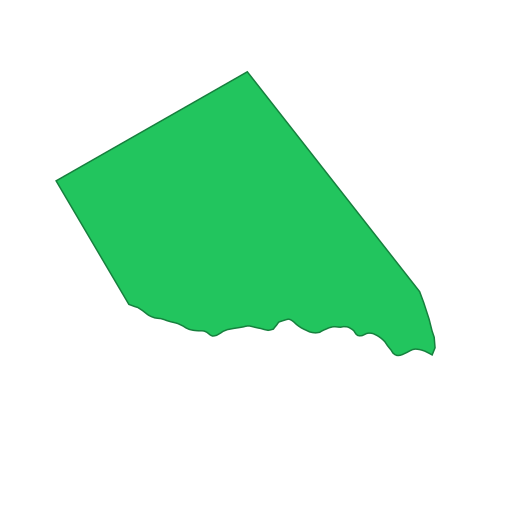 outline of Rameau, Micoud, Saint Lucia, rotated 315°
{"feature_id": "8701671B91973054912616", "entity_name": "Rameau", "entity_type": "district", "adm_level": 2, "iso_a3": "LCA", "parent_name": "Saint Lucia", "parent_adm1": "Micoud", "projection": "natural_earth1", "projection_center": [-60.925, 13.83], "detail": "fine", "context": "isolated", "style": "filled", "palette": "green", "viewbox_px": 512, "rotation_deg": 315, "n_neighbors": 0, "source": "geoboundaries", "source_scale": "gbopen_adm2", "svg_char_len": 1898}
<svg xmlns="http://www.w3.org/2000/svg" viewBox="0 0 512 512"><g transform="rotate(315 256 256)"><path d="M380.1,119.6L167.8,61.5L131.9,200.3L133.5,203.8L134.3,205.6L135.3,207.5L136.0,208.7L137.2,214.5L137.5,217.0L137.9,220.5L138.3,222.4L139.2,225.0L140.7,228.2L142.9,231.1L144.4,232.9L146.2,236.2L147.2,238.5L149.1,242.0L150.7,244.6L151.8,246.4L153.0,248.6L154.2,251.9L155.0,254.3L155.6,257.2L156.9,260.7L158.6,263.4L159.5,264.7L161.3,266.9L162.9,268.7L164.4,270.2L165.2,271.0L166.3,272.5L167.3,275.1L167.6,277.5L167.7,278.8L168.1,280.5L168.7,281.9L170.1,283.0L172.0,284.2L174.5,284.9L176.8,285.5L179.5,286.0L181.6,286.9L183.7,287.8L186.6,289.8L189.1,291.5L192.1,293.7L194.0,295.1L197.0,297.2L198.9,298.3L200.7,299.6L202.1,301.1L203.7,303.7L205.0,305.9L206.6,308.4L208.1,310.6L209.9,313.9L211.3,316.0L212.0,317.1L213.7,318.3L215.4,319.3L216.6,320.0L218.3,319.7L221.8,319.4L223.9,319.0L225.6,318.9L229.0,320.6L232.6,322.5L234.2,323.5L234.8,324.3L235.3,325.3L235.8,327.1L236.1,329.2L236.2,333.0L236.6,335.8L237.2,338.8L238.2,342.0L238.7,343.2L239.5,345.5L240.2,347.5L241.9,350.2L243.7,352.4L244.8,353.3L247.1,355.0L248.9,355.4L251.7,356.3L253.8,357.2L256.7,358.3L259.3,359.8L260.3,360.4L261.6,361.6L262.5,362.6L264.0,364.5L265.5,366.2L266.9,367.1L267.9,367.8L269.5,369.5L270.5,370.7L271.3,372.6L272.1,375.9L272.3,378.1L272.0,379.4L271.5,381.9L271.7,384.0L272.8,385.7L274.7,387.3L276.8,388.1L279.4,389.0L280.9,390.0L282.4,391.5L283.5,393.0L284.1,394.1L285.4,397.9L285.9,400.0L286.3,402.5L286.5,405.2L286.5,407.7L285.6,412.3L285.2,415.9L285.0,418.0L284.2,421.5L284.5,423.9L285.3,425.9L286.3,427.0L287.7,428.1L289.6,429.1L294.5,430.9L298.2,432.0L300.6,432.9L302.8,434.4L304.0,435.8L305.5,437.8L306.6,439.6L307.7,441.8L308.1,442.6L309.7,447.4L310.6,450.5L317.7,447.5L324.5,439.5L327.6,433.3L333.7,423.1L341.6,407.6L346.5,396.9L380.1,119.6Z" fill="#22c55e" stroke="#15803d" stroke-width="1.5"/></g></svg>